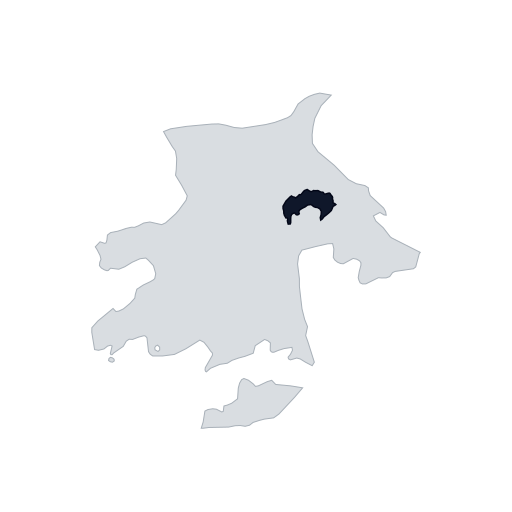 Sabirabad highlighted on a map of Azerbaijan, rotated 299°
{"feature_id": "AZE-1714", "entity_name": "Sabirabad", "entity_type": "District", "adm_level": 1, "iso_a3": "AZE", "parent_name": "Azerbaijan", "parent_adm1": "", "projection": "equal_earth", "projection_center": [48.677, 39.865], "detail": "fine", "context": "in_parent", "style": "filled", "palette": "ink", "viewbox_px": 512, "rotation_deg": 299, "n_neighbors": 0, "source": "natural_earth", "source_scale": "10m", "svg_char_len": 4593}
<svg xmlns="http://www.w3.org/2000/svg" viewBox="0 0 512 512"><g transform="rotate(299 256 256)"><path d="M338.8,397.9L337.0,397.7L323.9,401.0L321.2,399.9L310.0,385.2L307.7,383.5L302.8,382.9L300.0,380.5L297.7,376.5L296.4,373.6L284.9,365.6L283.2,362.7L283.0,360.1L284.7,357.8L286.6,355.9L292.3,353.9L298.9,352.2L301.0,351.0L302.0,348.9L302.0,345.5L300.9,342.1L291.5,336.1L290.4,333.5L290.1,330.2L290.7,326.9L292.2,324.3L299.9,320.7L304.0,317.0L301.5,312.9L293.2,303.6L283.4,293.3L276.8,293.2L269.2,296.2L257.1,305.0L250.3,308.8L241.6,315.0L232.0,321.9L224.1,329.3L219.2,335.3L210.5,338.0L206.0,343.1L191.4,358.5L187.3,358.3L187.1,350.7L187.4,344.6L186.5,341.1L181.8,336.4L181.8,334.3L183.1,333.1L186.7,333.8L191.3,333.6L193.5,331.7L188.6,325.4L184.3,321.3L180.6,318.4L179.7,316.8L179.7,315.6L180.5,314.1L187.0,310.7L187.6,307.5L187.2,304.0L177.2,298.8L169.6,300.7L162.8,294.9L158.5,290.4L153.1,285.6L148.3,282.9L143.7,276.9L135.7,270.6L130.6,268.8L130.6,267.9L131.6,266.7L133.8,265.8L148.2,266.0L150.0,264.9L150.9,262.2L152.9,258.3L155.3,252.4L155.2,247.6L140.8,239.6L130.4,232.4L123.3,222.8L118.5,214.1L118.8,211.1L120.2,208.4L131.6,200.3L132.3,198.2L132.1,196.8L128.2,192.7L123.2,188.5L121.7,185.4L118.6,183.8L112.6,183.7L102.1,178.5L99.9,178.0L99.4,176.9L100.0,175.9L107.5,173.8L107.4,172.0L105.2,169.8L101.0,168.1L97.2,164.0L95.9,160.2L109.6,149.4L113.7,147.2L122.5,149.2L140.8,156.4L139.5,160.4L141.3,162.7L145.5,165.7L153.5,168.8L160.4,170.4L163.9,169.1L169.2,167.9L176.0,171.5L182.3,176.0L185.4,177.8L187.1,178.4L191.9,176.9L197.8,171.0L200.1,164.0L200.8,160.6L197.4,155.9L190.6,150.8L182.9,146.4L177.9,142.4L174.8,134.7L171.7,133.8L170.9,132.8L170.4,130.2L170.5,126.5L171.7,123.7L174.8,122.4L178.0,122.0L180.9,119.3L184.5,114.0L186.1,111.0L192.8,112.7L193.7,117.5L194.8,118.5L197.6,117.9L202.3,115.9L206.0,117.5L210.7,123.1L217.2,129.1L220.8,133.1L222.2,135.9L225.5,138.6L230.4,141.8L234.3,146.7L237.7,158.3L241.2,160.9L254.0,165.3L258.4,166.2L270.9,167.8L275.3,166.7L281.8,156.7L287.6,146.5L293.0,144.3L302.8,139.4L308.7,134.7L311.1,129.7L316.6,120.2L320.0,114.8L325.8,119.6L335.7,132.4L350.0,153.4L353.5,159.4L355.8,166.3L357.8,174.6L361.1,182.0L375.6,200.7L381.9,207.6L392.2,216.5L395.8,218.5L400.6,219.1L409.4,219.1L417.5,222.6L421.5,225.1L425.7,228.7L429.4,232.8L433.2,243.8L419.1,240.1L405.0,240.7L397.0,243.1L389.2,246.3L381.8,250.8L377.2,259.7L373.3,280.3L367.6,299.6L367.8,308.5L370.4,317.1L370.1,321.2L367.5,322.9L364.2,326.6L359.8,344.4L357.6,347.9L354.8,350.1L354.0,348.0L354.2,343.3L348.0,339.2L344.7,343.8L342.4,353.6L337.9,364.0L337.6,365.9L338.8,397.9ZM129.6,215.9L130.3,213.1L128.5,211.9L126.7,211.9L125.0,213.2L125.0,216.6L127.2,217.3L129.6,215.9ZM81.8,296.1L79.7,293.2L78.8,291.6L85.1,290.3L95.6,286.5L98.4,288.4L101.4,292.2L102.8,295.6L103.0,301.7L104.2,302.7L109.3,300.7L111.6,303.1L115.4,306.1L122.2,309.1L132.0,304.5L136.9,303.3L140.9,303.4L143.0,304.8L143.7,309.6L142.8,315.5L141.7,318.8L143.7,321.1L151.6,326.8L154.9,330.0L153.2,335.5L159.1,349.0L161.0,354.2L163.3,360.7L151.0,358.2L129.0,352.7L123.0,349.9L117.4,342.4L114.0,338.8L109.0,334.1L104.9,332.4L101.8,329.1L100.1,324.4L97.5,320.1L93.1,315.0L83.1,297.8L81.8,296.1ZM96.9,181.9L95.5,182.9L93.5,181.9L92.9,179.9L93.1,177.7L95.1,177.1L96.8,177.8L97.3,179.8L96.9,181.9Z" fill="#d9dde1" stroke="#a8b0b8" stroke-width="1"/><path d="M312.7,255.5L318.6,255.6L324.3,257.2L325.7,257.9L325.6,259.0L325.8,260.5L326.0,260.7L326.0,261.1L326.0,261.9L326.0,262.6L326.5,262.6L328.1,263.5L329.5,263.8L330.7,264.2L331.2,265.3L331.9,265.7L335.6,266.3L336.8,266.7L339.0,268.5L338.8,271.0L338.8,272.1L339.2,273.2L339.7,273.8L340.5,274.2L340.9,274.4L341.3,274.8L341.3,275.1L342.3,277.0L343.0,278.0L343.3,278.8L343.3,279.3L343.3,280.9L343.3,281.6L343.5,282.2L344.0,283.1L344.2,283.9L344.0,284.4L343.6,285.1L343.3,285.8L343.6,286.4L345.5,288.3L346.5,289.5L346.6,290.4L345.9,291.6L345.0,293.9L344.2,294.7L343.0,295.2L341.7,296.6L339.8,297.6L340.0,299.5L339.7,300.9L338.3,300.3L336.8,299.3L334.5,299.6L332.3,299.8L329.1,298.8L326.0,297.6L323.3,296.4L320.5,296.0L318.8,295.2L320.7,293.6L323.8,292.9L326.7,291.5L328.2,289.0L328.2,286.2L327.4,284.3L327.2,282.2L327.6,280.7L327.6,279.0L325.6,276.4L322.9,275.2L320.3,273.4L317.6,271.9L316.0,271.8L314.6,272.6L314.0,273.3L313.2,273.2L312.2,272.5L311.6,271.3L312.0,270.0L312.4,268.8L311.1,267.7L309.6,267.0L307.4,267.3L305.2,268.4L303.6,269.3L301.9,270.2L300.6,270.4L299.5,268.7L300.8,267.4L302.1,266.3L303.4,266.0L304.1,265.4L304.3,264.4L303.8,263.7L304.7,262.3L305.3,261.2L306.9,259.6L308.9,258.4L310.6,256.7L312.7,255.5Z" fill="#0f172a" stroke="#020617" stroke-width="1.5"/></g></svg>